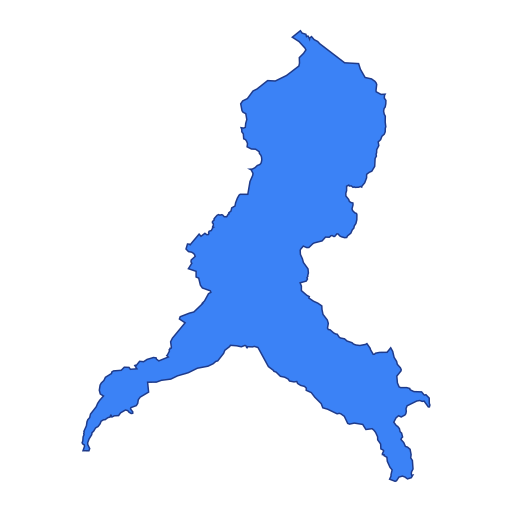 the district of Gurahont, Arad, Romania
{"feature_id": "2599482B35210166851788", "entity_name": "Gurahont", "entity_type": "district", "adm_level": 2, "iso_a3": "ROU", "parent_name": "Romania", "parent_adm1": "Arad", "projection": "equal_earth", "projection_center": [22.355, 46.301], "detail": "fine", "context": "isolated", "style": "filled", "palette": "blue", "viewbox_px": 512, "rotation_deg": 0, "n_neighbors": 0, "source": "geoboundaries", "source_scale": "gbopen_adm2", "svg_char_len": 6061}
<svg xmlns="http://www.w3.org/2000/svg" viewBox="0 0 512 512"><path d="M88.9,450.8L89.7,448.6L87.7,444.4L87.7,442.6L89.1,438.9L91.7,434.7L92.0,432.7L93.6,431.2L95.6,427.9L98.1,426.5L100.1,423.8L101.1,421.2L103.7,419.7L105.1,419.7L107.8,417.7L110.0,417.1L110.7,415.2L111.2,415.3L111.4,416.8L111.9,417.0L114.4,415.8L118.6,415.6L120.6,412.8L125.5,410.0L127.7,410.6L129.1,412.3L131.2,413.5L132.7,413.3L132.8,411.9L130.5,408.9L130.9,407.6L136.3,405.6L137.7,403.4L138.3,399.7L140.2,397.1L148.6,392.1L147.6,382.2L156.4,382.1L161.4,380.3L170.8,379.1L177.6,375.8L188.3,372.7L197.4,368.2L208.0,366.2L213.2,363.7L215.8,361.4L217.7,360.9L223.6,353.4L224.8,350.3L229.7,346.5L230.4,345.3L236.8,345.8L241.3,346.8L245.0,345.4L246.4,346.3L246.6,347.5L247.1,347.8L247.8,346.7L252.4,346.9L254.4,346.4L258.0,347.5L268.4,366.6L273.3,370.3L273.9,371.3L276.1,372.1L280.4,376.3L284.7,377.2L288.1,379.0L289.5,381.0L294.0,381.9L296.8,381.5L297.5,383.3L298.4,384.0L300.7,385.4L304.5,386.4L306.3,388.1L306.2,390.3L311.3,392.6L314.8,397.2L321.2,403.6L322.8,407.8L327.6,409.2L337.1,413.8L339.3,413.3L341.0,413.9L344.3,416.3L347.7,423.4L349.5,424.1L354.3,423.1L362.7,424.4L365.9,429.5L372.1,428.7L373.9,430.2L375.6,432.4L377.6,436.8L377.7,439.8L380.6,444.0L380.9,448.9L382.8,449.8L383.7,450.9L382.4,453.6L382.4,454.6L384.0,454.7L384.0,455.6L386.9,457.3L387.3,461.3L390.0,467.3L392.1,469.9L391.0,474.7L391.0,476.2L389.6,479.2L395.1,481.3L396.5,480.8L398.9,477.1L402.4,476.1L404.9,477.0L407.5,478.9L411.3,477.7L412.8,475.1L411.7,475.3L411.3,473.9L411.5,471.9L413.0,469.0L412.4,460.5L410.7,457.9L411.1,454.7L410.1,449.3L407.5,447.1L405.4,446.4L403.7,442.5L401.0,439.5L401.5,438.1L402.6,437.0L401.6,433.1L400.1,431.7L399.4,428.6L397.6,426.3L396.4,425.7L393.8,422.2L396.0,417.9L398.6,415.7L401.2,417.0L404.9,415.0L405.8,413.7L406.3,411.4L406.0,408.7L407.1,405.8L416.8,401.0L419.8,400.5L422.3,401.4L424.1,401.1L428.3,406.9L429.4,406.9L429.9,405.0L429.3,403.3L429.2,398.1L425.9,394.7L424.7,395.1L423.9,394.7L421.6,391.9L413.9,391.6L410.4,389.9L409.8,389.2L409.8,388.5L406.7,387.6L400.6,387.6L399.1,386.9L397.4,382.9L396.8,376.1L401.0,370.9L401.2,369.7L400.4,367.8L397.3,364.3L396.6,361.4L394.1,357.4L392.7,351.4L390.7,347.8L387.1,352.3L379.5,352.4L375.5,353.2L374.5,354.2L373.2,354.3L370.6,349.9L370.1,348.2L366.9,343.6L365.6,344.4L359.9,345.5L355.9,345.0L353.4,344.0L352.0,342.7L347.0,341.0L344.5,338.8L340.5,338.0L339.3,337.3L337.2,334.2L335.7,334.0L333.5,332.8L330.1,329.8L328.3,329.5L327.5,328.1L328.3,323.4L327.3,320.0L323.0,314.4L322.0,309.6L321.8,305.9L317.9,303.2L313.5,301.2L308.8,298.0L309.3,296.6L306.8,295.3L301.4,290.6L301.4,286.1L300.1,282.8L306.2,281.1L307.5,279.0L306.9,277.8L307.9,276.2L307.7,275.5L308.4,273.0L308.0,268.9L303.4,262.5L302.4,258.8L300.4,254.4L300.2,250.3L300.7,249.1L303.3,246.1L306.8,247.6L308.9,247.5L312.8,243.7L314.3,242.9L322.1,240.9L325.5,237.1L329.4,237.2L330.8,235.8L332.1,235.5L333.8,236.5L334.7,236.4L337.0,233.8L338.1,234.0L339.9,236.0L341.5,236.8L344.7,237.7L346.7,237.5L347.5,235.9L350.8,233.2L352.3,229.8L353.8,228.2L354.3,225.9L355.9,223.5L356.8,219.8L356.9,214.7L356.5,213.5L354.8,212.8L352.6,210.6L352.0,208.9L353.0,204.9L352.9,203.0L350.6,202.4L349.2,201.1L348.7,199.5L345.9,196.0L345.8,193.3L346.6,190.6L346.6,186.2L348.8,185.1L349.4,186.0L351.3,185.9L353.0,187.3L354.2,186.9L355.1,187.4L358.8,187.2L360.3,186.5L361.7,187.1L361.9,186.2L364.7,182.8L366.6,177.8L366.6,174.8L366.9,174.1L369.3,172.3L371.8,171.2L374.7,166.4L375.1,158.4L376.4,156.1L376.1,154.1L376.6,152.8L376.7,149.7L378.8,145.6L378.2,141.9L380.6,139.7L381.9,136.3L384.3,134.1L385.2,131.8L385.3,128.2L385.8,126.8L385.2,122.1L385.3,116.2L384.2,114.1L383.6,111.1L384.1,108.5L385.2,107.0L385.8,103.8L385.9,100.4L384.3,98.1L384.5,95.3L385.1,94.2L381.0,94.4L376.2,91.8L376.0,90.4L376.7,84.5L376.1,82.9L374.9,81.3L371.5,78.9L365.1,77.5L360.4,69.3L358.6,63.6L344.6,62.8L319.7,43.7L317.7,41.5L314.1,39.6L311.5,36.6L309.6,38.1L309.5,39.0L308.2,36.2L307.4,36.1L306.5,36.6L305.9,34.3L302.1,33.1L300.4,30.7L292.3,37.2L299.1,41.6L305.0,48.1L305.9,49.9L303.6,53.3L299.3,57.6L299.5,63.1L298.9,66.0L286.5,75.5L275.3,81.0L267.6,80.6L257.0,89.0L253.0,91.0L247.4,98.6L242.7,100.9L240.7,103.8L242.0,110.7L243.0,112.2L245.8,113.7L246.8,119.6L245.7,123.4L245.3,127.4L243.5,128.1L241.1,127.7L241.8,129.6L241.8,131.8L243.3,133.8L243.7,138.8L245.5,139.6L246.7,141.4L247.5,143.6L247.1,146.8L251.4,149.0L255.6,149.2L259.2,151.7L259.4,153.4L260.9,155.3L261.5,157.0L261.8,159.8L261.2,162.8L259.9,164.5L257.3,165.5L255.0,167.7L252.3,169.1L250.0,169.2L251.2,169.8L253.0,173.4L252.7,175.4L250.0,181.5L247.8,194.3L240.2,194.3L239.1,195.1L237.4,198.1L235.6,202.8L235.0,206.0L231.7,207.9L231.0,211.0L228.8,212.8L229.0,213.8L228.2,214.2L226.7,216.7L224.2,216.7L222.6,215.0L221.6,214.7L219.9,215.1L218.5,214.6L217.0,215.4L214.6,218.1L214.0,219.0L214.2,219.9L212.5,221.5L212.4,222.8L213.3,223.6L213.4,225.1L212.6,226.9L213.4,227.2L213.0,227.4L211.3,230.5L209.2,231.2L208.6,232.3L208.9,233.3L208.4,234.5L206.8,234.7L204.9,233.3L201.0,236.3L199.1,234.1L190.1,244.8L189.6,244.2L187.5,244.0L186.0,249.0L188.5,251.6L191.7,252.2L193.5,253.4L194.5,254.5L195.2,256.4L191.2,260.0L191.0,261.9L191.8,263.3L188.4,268.7L196.1,271.3L196.1,277.0L198.7,278.1L200.4,285.2L201.1,286.2L202.4,288.0L210.3,290.8L210.9,292.3L208.5,293.7L204.5,301.0L202.3,303.2L202.7,303.5L193.8,312.0L189.5,313.1L180.2,316.7L179.4,319.0L185.1,322.8L172.4,338.2L170.6,341.8L171.4,347.3L171.1,348.2L170.0,348.3L169.9,349.1L169.2,349.7L169.4,351.1L167.4,355.0L166.8,355.5L168.3,357.0L158.8,360.9L156.4,359.1L156.1,357.9L153.5,357.5L147.1,359.4L143.6,361.7L139.6,361.3L136.1,365.7L135.7,365.2L134.8,365.5L136.9,368.8L130.4,369.3L129.0,367.4L124.3,367.2L121.2,370.3L113.6,370.9L111.9,371.9L111.5,373.5L105.4,377.3L103.9,380.5L101.3,383.0L100.1,385.1L99.3,390.2L100.3,394.0L103.5,396.0L99.7,400.3L97.7,403.3L96.2,406.8L90.5,414.1L89.7,417.6L87.8,419.7L87.0,421.7L86.4,425.8L83.9,431.4L84.2,432.0L83.7,433.7L84.0,434.6L83.1,436.9L82.8,440.9L82.1,442.8L82.8,444.0L84.3,444.9L84.5,446.4L83.0,450.7L88.9,450.8Z" fill="#3b82f6" stroke="#1e3a8a" stroke-width="1.5"/></svg>